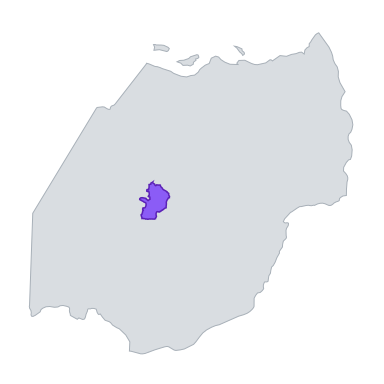 Ikungi, Singida, United Republic of Tanzania shown in context, rotated 272°
{"feature_id": "72390352B5494870713744", "entity_name": "Ikungi", "entity_type": "district", "adm_level": 2, "iso_a3": "TZA", "parent_name": "United Republic of Tanzania", "parent_adm1": "Singida", "projection": "mercator", "projection_center": [34.477, -5.124], "detail": "fine", "context": "in_parent", "style": "filled", "palette": "violet", "viewbox_px": 384, "rotation_deg": 272, "n_neighbors": 0, "source": "geoboundaries", "source_scale": "gbopen_adm2", "svg_char_len": 7961}
<svg xmlns="http://www.w3.org/2000/svg" viewBox="0 0 384 384"><g transform="rotate(272 192 192)"><path d="M134.1,281.6L129.3,279.1L124.9,277.6L121.4,275.8L119.8,274.2L116.4,273.5L113.5,273.2L110.9,271.7L105.4,271.1L104.8,270.1L104.7,267.8L103.7,267.2L101.7,266.6L99.6,266.6L98.2,267.0L97.5,266.8L95.7,265.5L94.0,263.7L93.4,261.0L90.9,259.2L88.0,257.8L79.9,258.0L78.7,257.6L76.8,256.2L74.5,253.9L72.7,251.3L71.1,247.7L69.5,242.9L60.3,223.9L59.3,220.2L57.5,216.2L54.6,211.3L51.5,207.7L47.2,204.4L42.4,201.1L39.8,198.9L34.9,189.9L33.8,185.8L33.1,181.4L33.4,179.7L36.5,174.1L36.8,172.5L36.4,170.4L34.9,165.9L33.0,160.5L29.0,150.7L28.5,148.2L28.5,146.3L30.8,136.4L30.8,135.0L40.1,135.1L46.8,130.8L52.7,124.2L53.8,121.5L56.2,117.3L58.6,115.2L59.5,113.8L60.8,109.6L63.9,106.8L66.9,104.6L66.3,103.1L66.7,102.5L68.4,101.4L71.5,100.4L72.2,98.2L72.2,95.7L71.6,94.4L71.7,92.8L71.2,91.9L69.2,91.6L66.1,90.4L63.5,89.9L61.7,89.2L61.1,88.6L60.8,87.1L62.2,83.3L60.8,81.8L64.0,75.5L64.6,74.7L65.8,74.6L67.6,73.9L69.3,73.6L70.7,73.8L71.8,73.6L72.7,72.9L73.4,70.7L74.1,67.1L73.7,64.2L72.4,62.0L72.0,58.5L72.6,53.9L72.2,50.1L70.7,47.0L69.2,45.2L66.9,44.4L63.3,39.7L62.1,37.4L62.3,36.0L63.6,35.4L65.9,35.6L68.1,35.1L70.1,33.8L72.1,33.4L73.1,33.6L165.2,33.6L272.7,93.7L273.2,94.4L274.0,99.6L273.9,101.3L272.2,104.3L271.7,105.8L271.7,106.9L272.1,107.4L273.5,107.5L274.7,108.2L275.2,108.8L276.1,111.0L277.2,112.1L318.1,141.7L319.1,142.1L318.5,144.6L316.2,150.6L316.0,153.1L315.1,156.1L314.3,158.0L311.9,166.5L309.9,169.6L307.3,177.1L306.8,182.7L308.3,186.7L308.9,190.5L312.0,194.1L314.5,195.4L316.2,197.1L319.3,200.9L321.0,204.7L326.4,206.6L328.6,210.9L327.8,213.9L325.3,216.3L322.9,220.3L321.0,225.5L321.0,233.5L322.3,232.3L325.1,234.3L325.5,240.2L322.5,247.0L321.6,250.2L321.5,253.0L323.6,261.2L326.9,265.4L326.7,266.7L325.8,267.8L331.4,275.2L330.9,281.7L333.0,286.7L333.9,291.1L335.3,294.4L335.6,296.7L333.8,299.3L337.9,299.9L340.3,302.0L341.4,304.0L344.4,304.0L346.0,305.3L348.3,306.5L353.3,309.8L354.7,311.5L355.5,313.1L341.6,323.8L336.5,326.5L332.9,327.8L329.1,328.5L325.5,330.2L322.0,332.8L317.6,334.1L312.2,334.1L306.5,336.0L297.6,341.5L292.5,338.5L288.4,337.5L283.7,337.6L280.9,338.0L279.8,338.6L278.9,340.5L278.2,343.6L275.1,346.5L269.7,349.4L264.8,350.4L260.3,349.7L257.2,348.5L255.6,346.9L253.2,346.1L250.1,346.2L247.1,347.4L244.3,349.6L239.7,350.6L233.5,350.3L230.1,349.2L229.6,347.4L226.9,345.2L221.9,342.7L218.2,342.7L215.8,345.1L213.6,346.6L211.7,347.2L209.9,347.2L207.4,346.6L200.5,346.3L193.9,346.4L193.3,343.0L191.9,340.9L190.7,339.7L188.5,339.4L187.9,338.4L187.1,336.3L186.0,334.4L184.5,332.9L183.6,331.5L183.3,330.3L183.5,328.8L184.9,325.3L185.4,322.9L185.2,320.5L184.5,318.0L182.9,314.9L183.1,314.1L182.5,312.0L182.5,310.6L182.8,308.8L182.5,306.5L181.2,301.5L181.2,300.2L179.7,297.8L175.4,292.0L175.2,291.3L168.4,285.5L165.6,284.3L164.7,285.3L164.3,286.3L164.6,288.2L164.4,289.1L164.1,289.5L162.5,289.5L161.5,289.2L158.9,287.7L156.9,287.3L151.9,287.6L150.1,288.0L148.8,287.6L146.1,285.0L143.0,284.4L140.2,284.3L135.6,281.3L134.1,281.6ZM327.1,185.8L329.4,192.1L329.1,193.3L327.5,194.0L326.7,194.1L325.7,193.1L325.0,190.9L323.8,191.4L321.7,188.9L319.7,188.8L317.9,185.8L318.6,183.1L318.2,178.6L320.4,176.3L321.6,172.5L323.0,175.1L323.4,179.2L325.3,184.1L327.1,185.8ZM338.0,148.4L338.1,149.9L337.7,151.3L337.8,155.8L337.6,158.7L335.9,162.8L334.6,164.3L333.3,163.8L332.3,163.2L331.5,162.0L333.1,154.5L332.3,149.0L335.5,149.6L338.0,148.4ZM333.4,239.2L331.9,239.6L331.2,239.2L330.3,237.9L332.0,236.9L333.6,234.8L337.4,231.8L339.2,229.4L338.9,231.8L336.8,236.9L334.9,237.2L333.4,239.2Z" fill="#d9dde1" stroke="#a8b0b8" stroke-width="1"/><path d="M200.6,152.4L200.2,151.9L199.7,150.9L199.4,150.6L198.9,150.6L198.5,150.6L198.4,150.6L198.3,150.3L198.2,149.8L198.1,149.5L198.1,149.3L198.0,149.1L197.9,149.0L197.9,148.8L196.6,148.9L196.1,148.9L194.9,148.9L194.1,148.7L193.7,148.7L193.3,148.6L193.0,148.6L192.9,148.5L193.0,148.4L192.9,148.1L192.9,147.8L193.0,147.4L193.0,147.2L192.8,146.9L192.6,146.8L192.3,146.7L192.1,146.8L191.6,146.8L191.2,146.8L191.1,147.0L190.9,147.7L191.0,148.7L191.0,148.8L190.7,148.9L190.2,149.0L189.8,149.2L189.5,149.3L189.3,149.3L188.9,149.3L188.6,149.3L188.2,149.3L187.7,149.4L187.4,149.4L187.1,149.0L186.9,148.9L186.6,148.7L186.2,148.4L185.8,148.7L185.7,149.2L185.7,149.3L185.6,149.8L185.4,150.1L184.8,150.1L184.6,150.1L184.0,150.2L183.3,150.2L183.2,150.2L183.1,149.7L182.4,149.0L182.0,148.5L181.9,148.4L182.1,148.2L182.5,147.6L182.8,147.4L182.9,147.2L183.1,147.0L183.3,146.5L183.8,146.4L184.0,146.2L184.1,145.9L184.2,145.1L184.3,144.6L184.4,144.0L184.4,143.8L184.5,143.4L184.5,143.1L184.5,142.9L184.6,142.7L184.6,142.4L184.6,142.2L184.5,141.9L184.5,141.5L184.5,141.4L184.4,141.2L184.2,140.9L184.2,140.7L183.9,140.5L183.9,140.4L183.7,140.2L183.4,140.0L183.1,140.0L182.6,140.0L182.4,140.4L182.3,140.8L181.9,141.2L181.9,141.3L182.0,141.4L181.8,141.8L181.6,142.1L181.3,142.4L181.2,142.8L180.8,143.8L180.4,144.1L179.9,145.2L179.9,145.5L179.7,146.0L179.3,146.3L179.0,146.4L178.9,146.4L178.3,146.4L178.1,146.5L177.8,146.6L177.5,146.6L176.8,146.5L176.6,146.4L176.4,146.3L176.1,146.3L175.9,146.2L175.7,146.1L175.2,145.9L174.8,145.7L174.7,145.6L174.3,144.4L174.5,143.7L174.4,143.6L174.2,143.6L173.9,143.5L173.5,143.6L173.4,143.3L173.2,143.3L172.8,143.3L172.7,143.4L172.7,143.5L172.4,143.6L172.2,143.6L171.9,143.9L171.7,143.7L171.4,143.4L171.2,143.3L170.9,143.4L170.7,143.3L170.4,143.3L170.2,143.3L169.9,143.2L169.7,143.2L169.4,143.2L169.2,143.0L169.1,142.9L168.9,142.9L168.6,142.8L168.4,142.8L168.2,142.8L167.8,142.6L167.6,142.0L167.4,141.9L166.6,142.1L166.3,142.2L166.0,142.3L165.7,142.4L165.3,142.6L164.7,142.8L163.7,142.9L163.7,143.0L163.9,143.8L163.9,144.0L163.7,144.2L163.7,144.4L163.7,144.7L163.7,145.2L163.7,145.7L163.6,146.1L163.4,146.4L163.3,146.6L163.3,146.8L163.4,147.1L163.4,147.4L163.4,147.6L163.4,148.0L163.2,148.5L163.3,149.0L163.3,149.4L163.5,150.2L163.6,150.6L163.6,150.8L163.5,151.4L163.5,151.5L163.6,151.9L163.6,152.5L163.6,153.0L163.6,153.5L163.6,154.3L163.6,154.5L163.6,154.9L163.6,155.1L163.6,155.3L163.6,155.5L163.8,155.8L163.9,156.1L164.0,156.3L164.1,156.2L164.3,156.2L164.6,156.4L164.9,156.5L165.1,156.7L165.3,156.8L165.5,157.0L165.9,157.2L166.0,157.1L166.3,157.2L166.4,157.3L166.6,157.3L166.7,157.2L166.9,157.2L167.0,157.1L167.4,157.0L167.5,157.0L167.6,156.9L167.8,156.9L168.0,156.9L168.4,156.9L168.8,156.9L169.1,156.8L169.6,156.9L170.0,157.1L170.4,157.2L170.7,157.3L171.1,157.7L171.2,158.1L171.2,158.3L171.1,158.5L171.0,159.0L171.1,159.3L171.0,159.6L170.8,159.8L170.8,160.0L171.1,160.2L171.2,160.3L171.1,160.5L171.2,160.8L171.4,160.9L171.4,161.0L171.5,161.1L171.8,161.2L171.9,161.3L171.9,161.8L172.3,162.2L172.4,162.3L172.8,162.7L172.9,162.8L172.8,163.0L173.0,163.2L173.1,163.3L173.3,163.5L173.5,163.8L173.5,164.1L173.8,164.3L174.1,164.5L174.3,164.8L174.7,165.2L175.0,165.8L175.1,166.1L175.2,166.4L175.2,166.5L175.3,166.7L176.0,166.7L176.4,166.7L177.0,166.6L177.5,166.7L178.0,166.8L179.1,166.8L179.8,166.8L180.3,166.7L180.8,166.7L181.1,166.7L181.9,166.9L182.9,167.3L183.2,167.4L183.4,167.6L183.6,167.8L184.0,168.0L184.4,168.1L185.0,168.5L185.3,168.6L185.3,168.9L185.5,169.1L185.5,169.6L186.5,169.6L186.9,169.7L187.0,169.6L187.3,169.4L187.5,169.2L188.3,168.8L188.8,168.8L189.6,168.8L189.8,168.8L189.9,168.7L190.1,168.4L190.5,167.6L190.7,167.2L191.1,167.2L191.4,167.1L191.5,166.8L191.9,166.1L192.1,165.9L192.6,164.8L192.7,164.7L193.0,164.1L193.1,163.8L193.2,163.5L193.7,162.9L194.1,162.6L194.3,162.5L194.4,162.4L194.5,162.3L194.8,162.2L195.1,161.9L195.4,161.6L196.0,160.9L196.3,160.6L196.7,160.4L197.7,160.1L197.8,160.1L197.9,159.9L197.9,159.6L197.8,159.4L197.8,159.0L197.7,158.6L197.8,158.2L197.8,157.8L197.9,157.6L197.8,157.2L197.8,156.8L197.8,156.6L197.9,156.4L197.7,156.2L197.3,155.9L197.2,155.8L197.1,155.7L197.1,155.4L197.1,155.2L197.3,154.9L198.0,154.6L198.4,154.4L198.6,154.3L198.8,153.9L199.0,153.6L199.3,153.1L199.7,152.6L200.1,152.3L200.1,152.2L200.6,152.4Z" fill="#8b5cf6" stroke="#5b21b6" stroke-width="1.5"/></g></svg>